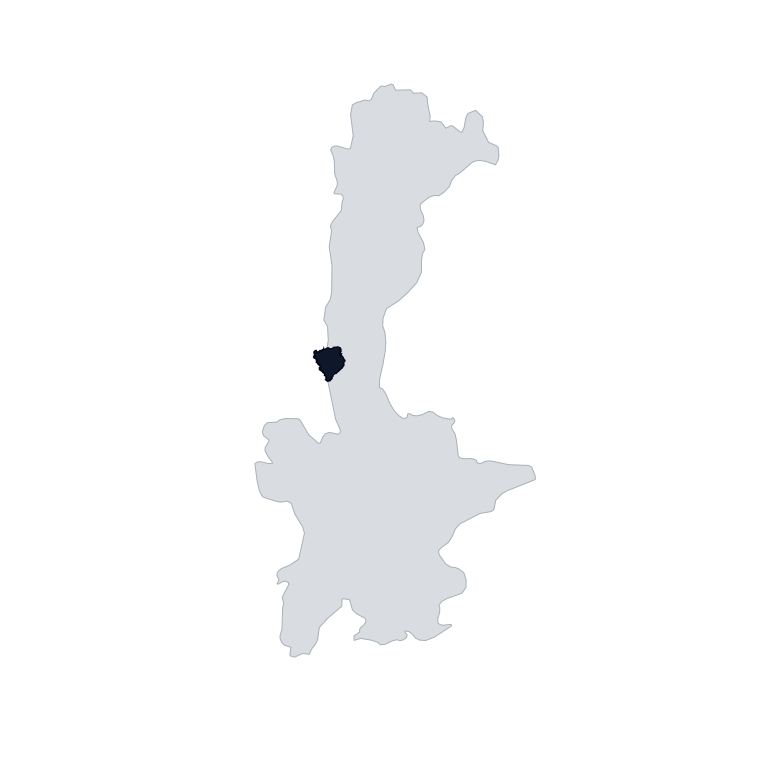 Xaychamphone, Bolikhamxai, Laos (highlighted), rotated 224°
{"feature_id": "54806243B24736520064001", "entity_name": "Xaychamphone", "entity_type": "district", "adm_level": 2, "iso_a3": "LAO", "parent_name": "Laos", "parent_adm1": "Bolikhamxai", "projection": "orthographic", "projection_center": [104.92, 18.569], "detail": "fine", "context": "in_parent", "style": "filled", "palette": "ink", "viewbox_px": 768, "rotation_deg": 224, "n_neighbors": 0, "source": "geoboundaries", "source_scale": "gbopen_adm2", "svg_char_len": 8225}
<svg xmlns="http://www.w3.org/2000/svg" viewBox="0 0 768 768"><g transform="rotate(224 384 384)"><path d="M284.0,130.8L287.0,136.6L301.3,152.4L303.8,156.6L309.1,159.9L313.3,173.8L315.2,174.7L317.7,173.7L319.5,171.8L321.1,166.5L322.1,166.0L323.7,170.4L327.8,171.7L329.5,173.7L330.0,177.0L329.4,180.4L325.9,188.3L323.7,198.8L337.7,221.6L343.7,224.8L358.0,228.6L367.7,233.7L372.2,232.5L376.6,226.9L381.8,223.8L391.5,219.0L394.2,218.8L399.6,220.7L408.3,226.4L421.5,237.0L421.1,239.8L418.6,242.5L411.5,246.7L409.2,249.4L410.6,250.4L416.5,251.1L423.5,253.5L425.6,256.3L426.8,262.6L428.0,263.8L434.5,263.1L436.5,263.9L438.9,266.0L441.2,271.2L441.1,275.1L434.7,282.1L433.9,286.2L430.5,291.1L421.7,299.3L419.3,299.8L402.9,295.2L389.9,295.8L388.8,297.5L391.0,302.6L391.6,307.5L389.6,311.3L382.0,316.1L381.7,318.2L383.3,320.5L394.1,324.9L429.0,348.8L444.8,353.4L451.9,356.4L453.7,358.1L453.6,360.2L451.8,362.8L450.3,367.5L450.2,370.3L451.8,373.0L454.7,377.0L464.5,386.1L471.7,388.2L479.2,398.5L481.5,407.6L485.2,413.4L503.5,432.9L518.9,444.8L528.0,457.7L532.5,460.6L533.9,465.3L535.2,479.0L540.5,485.8L541.7,488.6L544.0,490.6L546.5,490.9L551.9,486.4L553.0,487.0L555.5,494.2L557.7,496.8L565.8,501.2L574.5,509.8L579.2,512.9L585.0,515.3L585.9,518.0L584.8,520.9L583.0,522.7L573.1,527.9L571.8,530.1L578.5,541.1L595.3,554.7L600.6,562.8L599.5,566.8L595.0,574.9L591.6,577.1L590.7,579.7L593.4,586.2L593.2,596.3L590.0,598.7L587.1,605.0L585.1,605.5L579.9,603.3L569.3,614.0L564.6,613.6L559.3,619.6L552.3,620.4L547.5,616.0L537.2,609.0L533.5,604.6L530.3,608.5L525.0,612.2L517.3,610.9L515.3,616.3L513.8,617.3L504.6,618.2L502.9,619.1L504.4,623.9L509.9,632.1L511.6,636.8L508.2,644.6L498.6,644.5L494.3,641.3L488.9,634.8L476.6,630.5L468.5,633.5L466.0,633.4L459.8,627.9L457.5,624.3L456.1,619.1L465.5,614.8L470.2,611.5L473.3,607.9L474.6,604.2L476.0,588.9L477.4,583.5L476.6,576.9L474.1,571.7L474.0,563.9L475.4,557.6L478.9,554.4L481.3,549.9L482.8,539.6L481.7,537.0L478.2,534.5L472.3,532.2L468.6,529.2L467.1,525.6L467.2,522.4L469.0,519.6L464.6,516.6L454.0,513.2L448.1,509.2L446.8,504.5L442.4,498.3L434.8,490.7L430.8,479.6L430.4,465.3L431.3,453.6L434.6,440.0L430.2,430.3L425.4,425.1L418.6,421.3L412.2,415.8L406.1,408.7L398.9,398.2L390.4,384.3L384.7,378.1L381.8,379.5L375.7,378.2L366.3,374.1L358.2,371.9L351.2,371.5L346.7,372.4L344.6,374.5L344.4,376.6L346.1,378.7L345.2,380.3L341.5,381.4L338.5,383.6L335.2,388.7L332.8,395.3L329.3,397.8L324.0,398.3L318.7,400.2L313.5,403.4L311.0,405.8L311.3,407.5L310.1,407.8L307.6,406.9L306.5,404.6L306.6,401.2L304.0,398.8L298.6,397.6L292.5,393.7L280.9,384.0L278.2,383.5L274.3,386.0L269.2,391.2L265.1,393.3L261.8,392.1L259.2,394.0L257.4,398.8L254.1,402.6L238.1,412.7L223.6,425.7L220.0,426.8L211.4,422.9L208.8,420.3L221.1,393.2L223.0,386.7L222.8,377.9L218.0,370.5L217.8,368.4L218.7,366.1L224.9,357.8L232.3,336.2L232.0,329.4L229.1,321.9L227.6,314.8L229.2,305.2L228.7,301.5L225.5,299.5L214.8,297.4L208.6,298.8L205.6,301.3L202.0,302.9L195.2,303.6L188.9,300.2L183.7,294.6L182.6,287.8L189.7,273.4L191.4,267.8L191.3,265.2L190.2,262.4L188.7,262.0L185.3,258.4L182.2,252.3L179.1,249.5L176.2,249.9L173.4,252.1L168.8,257.7L167.4,256.9L171.9,237.0L175.8,228.5L180.3,224.6L184.9,223.1L189.8,223.8L193.9,223.2L197.2,221.2L196.9,220.0L193.1,219.6L191.6,217.3L192.5,213.0L194.3,210.3L197.0,209.1L199.7,204.8L202.4,197.5L205.5,193.9L209.0,193.9L215.2,190.9L224.0,184.9L227.4,178.9L230.6,181.8L229.2,188.7L230.9,190.2L231.6,192.7L231.1,196.6L231.7,199.9L233.0,201.5L234.9,202.3L244.1,199.7L249.7,199.6L258.8,204.9L264.3,201.2L264.4,199.7L260.0,194.9L261.7,177.3L261.4,163.9L254.1,153.9L252.7,149.9L252.0,143.4L250.0,137.8L255.5,133.4L258.6,125.3L262.4,123.4L263.5,123.7L268.0,130.0L273.9,127.0L278.3,127.1L282.0,128.8L284.0,130.8Z" fill="#d9dde1" stroke="#a8b0b8" stroke-width="1"/><path d="M451.8,367.5L451.7,367.3L451.6,367.2L451.6,366.9L451.7,366.6L451.8,366.3L451.9,366.1L452.0,366.0L452.1,365.9L451.9,365.6L451.9,365.3L452.0,365.0L451.9,364.9L452.1,364.8L452.5,364.5L452.6,364.4L452.6,364.1L452.6,363.9L452.9,363.6L453.0,363.6L453.3,363.5L453.3,363.3L453.0,363.0L453.0,362.9L453.0,362.6L453.1,362.3L453.2,362.2L453.0,361.7L453.3,361.5L453.3,361.3L453.5,361.3L453.5,361.2L453.8,361.0L453.9,360.8L454.1,360.8L454.3,360.5L454.4,360.4L454.7,360.5L454.9,360.5L455.2,360.8L455.3,360.8L455.7,361.0L456.1,361.0L456.3,360.9L456.3,360.7L456.3,360.4L456.5,360.0L456.4,360.0L456.2,359.7L456.3,359.3L456.3,359.2L456.5,359.0L456.7,358.8L456.6,358.6L456.5,358.3L456.1,358.4L455.9,357.9L455.8,357.7L455.7,357.7L455.3,357.6L455.1,357.7L454.9,357.7L454.8,357.4L454.7,357.3L454.7,357.2L454.5,356.9L454.4,356.8L454.0,356.4L453.9,356.4L453.8,356.5L453.7,356.5L453.4,356.4L453.2,356.1L453.0,355.8L453.3,355.7L453.2,355.5L453.2,355.3L453.6,355.0L453.4,354.9L453.1,354.7L453.0,354.4L452.9,354.2L452.5,354.3L452.4,354.3L452.0,354.3L451.9,354.3L451.4,354.6L451.3,354.9L451.0,354.9L450.8,354.8L450.6,354.8L450.3,354.6L450.1,354.6L449.7,354.8L449.1,354.6L448.9,354.7L448.7,354.7L448.3,354.7L448.1,354.7L448.3,354.4L448.3,354.2L448.5,353.9L448.7,353.7L448.2,353.3L448.1,353.5L447.8,353.5L447.7,353.6L447.3,353.5L447.3,353.3L447.3,353.2L447.2,353.3L446.8,353.3L446.5,353.3L446.4,353.2L446.2,353.0L446.2,352.9L446.3,352.8L446.3,352.7L446.5,352.2L446.2,352.5L445.9,352.7L445.7,352.6L445.2,352.9L444.9,352.7L444.7,352.4L444.4,352.5L444.2,352.8L443.8,352.6L443.7,352.6L443.4,352.5L443.2,352.5L442.9,352.7L442.4,352.7L442.2,352.7L442.1,352.8L441.8,352.6L441.9,352.3L441.8,351.9L441.5,351.6L441.7,351.3L441.7,350.7L441.3,350.5L441.0,350.3L441.0,350.2L440.9,349.9L440.7,349.9L440.6,350.0L440.6,349.9L440.3,349.6L440.1,349.6L440.1,349.8L439.9,349.8L439.5,349.9L439.4,349.8L439.1,349.9L439.0,350.0L438.7,349.9L438.5,350.0L437.9,349.9L437.7,350.2L437.4,350.2L437.0,350.6L436.7,350.4L436.6,350.2L436.4,350.0L436.1,349.9L436.0,350.0L435.4,349.9L434.7,350.1L433.7,350.1L433.4,349.8L433.1,349.6L433.0,349.4L432.9,348.9L432.5,348.9L432.4,349.0L432.1,349.1L431.6,349.2L431.4,349.2L431.4,349.3L431.1,349.2L430.9,349.1L430.2,349.0L430.2,348.7L430.1,348.1L429.8,348.0L429.6,347.9L429.2,348.0L429.1,347.7L429.2,347.4L428.8,347.2L428.9,346.6L428.6,346.7L428.6,346.8L428.4,346.8L428.2,346.6L427.9,346.6L427.6,346.7L427.6,346.8L427.2,346.9L426.9,346.7L426.3,347.0L426.3,347.3L426.4,347.5L426.3,347.8L426.1,347.9L425.9,347.9L425.6,348.2L425.7,348.3L425.5,348.6L425.4,348.7L425.2,348.8L425.1,349.1L425.2,349.3L425.2,349.7L425.3,349.8L425.2,349.9L425.3,350.2L425.2,350.2L425.3,350.2L425.3,350.7L425.4,350.8L425.4,351.0L425.3,351.3L425.3,351.5L425.2,351.9L425.3,352.0L425.5,352.0L425.8,352.2L425.9,352.3L426.0,352.3L426.2,352.2L426.2,352.3L426.4,352.3L426.2,352.7L426.3,353.1L426.3,353.4L426.2,353.5L426.1,353.8L426.3,354.3L426.4,354.6L426.7,354.9L426.9,355.0L427.0,355.3L426.8,356.3L426.6,356.8L426.7,357.4L426.5,357.9L426.3,358.2L426.0,358.2L425.9,358.4L425.8,358.7L425.8,359.0L426.1,359.8L425.8,360.6L425.6,361.3L425.6,364.4L425.4,365.6L425.3,366.5L425.4,367.0L425.7,367.9L425.8,369.2L425.8,369.4L425.9,369.6L426.1,369.9L426.8,370.2L427.1,370.4L427.2,370.5L427.4,371.1L427.9,371.8L428.2,372.7L428.2,373.2L428.2,373.5L428.8,373.6L429.0,373.8L429.1,373.7L429.3,373.8L429.9,373.9L432.2,374.7L433.1,374.9L434.0,374.9L434.3,374.8L434.5,374.9L434.8,374.8L434.7,374.9L434.8,375.0L434.9,374.9L434.9,375.0L435.1,375.0L435.3,375.1L435.5,374.9L435.5,375.1L435.7,375.3L435.6,375.5L435.7,375.4L435.7,375.5L435.8,375.5L435.7,375.6L435.8,375.7L435.8,375.8L435.9,375.7L435.9,375.8L436.0,375.8L436.1,376.1L436.3,376.1L436.5,376.0L436.6,375.9L436.7,376.1L437.1,376.2L437.3,376.3L437.3,376.1L437.5,376.1L437.6,376.4L437.8,376.4L437.8,376.5L437.7,376.5L437.7,376.8L437.8,376.7L437.8,376.8L437.9,377.0L438.0,377.1L438.0,377.3L438.2,377.5L438.3,377.5L438.5,377.8L438.4,377.9L438.5,378.1L438.8,378.2L438.8,378.4L438.8,378.5L439.0,378.4L439.0,378.5L439.1,378.3L439.3,378.4L439.2,378.5L439.3,378.5L439.8,379.1L439.9,379.4L440.7,379.5L440.9,379.3L441.1,379.3L441.3,379.2L441.5,379.2L441.9,379.0L442.6,378.8L442.8,378.6L443.3,378.1L443.6,377.7L443.7,377.1L444.7,376.4L445.2,376.0L445.3,375.8L445.5,375.5L445.6,374.5L446.2,372.9L446.4,372.5L447.0,372.0L447.6,371.7L448.6,371.3L449.5,371.1L449.8,369.7L450.0,369.3L450.4,368.1L450.7,367.7L451.3,367.2L451.8,367.5Z" fill="#0f172a" stroke="#020617" stroke-width="1.5"/></g></svg>